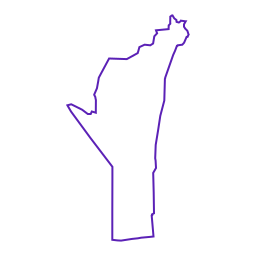 the district of Murgap, Mary, Turkmenistan
{"feature_id": "10190150B75003432350729", "entity_name": "Murgap", "entity_type": "district", "adm_level": 2, "iso_a3": "TKM", "parent_name": "Turkmenistan", "parent_adm1": "Mary", "projection": "equal_earth", "projection_center": [61.783, 36.895], "detail": "fine", "context": "isolated", "style": "outline", "palette": "violet", "viewbox_px": 256, "rotation_deg": 0, "n_neighbors": 0, "source": "geoboundaries", "source_scale": "gbopen_adm2", "svg_char_len": 1387}
<svg xmlns="http://www.w3.org/2000/svg" viewBox="0 0 256 256"><path d="M71.0,111.5L90.6,138.2L112.4,166.8L112.4,179.6L112.3,213.2L112.3,226.7L112.3,239.8L117.3,240.4L121.1,240.6L132.2,238.9L137.9,238.3L141.1,237.7L149.9,236.9L153.5,236.5L151.7,215.6L152.2,215.3L152.0,214.4L154.0,213.3L153.7,192.7L153.2,172.9L156.0,168.0L155.6,160.7L155.2,158.2L155.7,144.9L158.0,130.9L160.3,115.8L164.1,101.3L164.3,100.6L164.9,78.9L165.2,78.2L165.2,77.7L173.2,54.9L175.0,50.9L176.9,45.9L177.4,45.9L177.7,45.3L182.3,44.7L184.1,42.7L186.6,36.9L187.4,36.9L187.5,36.9L188.6,34.5L188.5,34.4L187.9,32.4L187.4,30.9L187.1,30.5L185.1,28.5L185.1,28.4L184.7,27.8L184.0,26.7L184.0,24.3L185.7,21.3L185.4,21.3L181.1,20.7L181.1,20.8L178.9,22.5L176.6,21.9L176.5,21.5L176.4,20.0L174.3,18.4L174.1,18.1L172.5,15.4L172.4,15.4L171.8,15.5L170.3,16.6L170.2,22.4L170.3,23.7L168.9,25.2L168.7,25.4L168.6,28.9L168.6,29.1L158.2,30.1L156.9,30.2L156.0,30.3L156.8,32.5L157.1,33.3L154.3,36.3L153.1,43.5L150.3,45.3L144.6,44.7L139.4,47.1L138.3,51.1L137.8,52.7L137.7,53.1L126.8,59.1L112.0,58.6L109.1,58.5L100.6,74.3L98.8,77.7L98.2,81.4L97.0,88.0L96.9,88.4L94.2,94.6L94.2,94.8L95.3,97.0L95.5,98.3L95.7,99.2L95.9,100.1L95.8,112.4L95.8,112.7L94.2,112.2L91.8,111.5L91.2,112.9L90.7,114.0L90.4,114.0L87.8,114.0L82.1,109.7L73.7,105.5L72.3,104.8L71.2,104.3L67.4,105.3L67.5,105.5L71.0,111.5Z" fill="none" stroke="#5b21b6" stroke-width="2"/></svg>